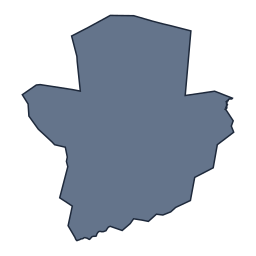 the district of Chuluut, Arhangay, Mongolia
{"feature_id": "93677404B8856161133659", "entity_name": "Chuluut", "entity_type": "district", "adm_level": 2, "iso_a3": "MNG", "parent_name": "Mongolia", "parent_adm1": "Arhangay", "projection": "natural_earth1", "projection_center": [100.382, 47.497], "detail": "fine", "context": "isolated", "style": "filled", "palette": "slate", "viewbox_px": 256, "rotation_deg": 0, "n_neighbors": 0, "source": "geoboundaries", "source_scale": "gbopen_adm2", "svg_char_len": 2278}
<svg xmlns="http://www.w3.org/2000/svg" viewBox="0 0 256 256"><path d="M214.6,91.2L185.2,95.5L190.9,30.9L170.7,25.7L162.6,23.8L152.3,21.1L133.7,15.7L116.5,15.5L110.3,15.4L86.3,28.5L86.2,28.5L71.6,36.0L76.9,56.4L77.2,61.5L80.3,91.1L72.0,89.5L71.9,89.5L40.2,84.6L36.3,85.0L22.3,94.7L28.1,104.0L28.9,116.1L38.3,129.2L52.1,142.0L54.6,144.7L65.3,147.2L67.3,157.1L66.4,161.4L67.8,166.7L59.7,197.8L72.3,206.1L68.1,225.7L75.2,237.8L75.4,238.7L76.0,239.6L76.3,240.1L76.8,240.6L77.1,240.6L77.9,240.2L78.7,240.0L80.0,239.5L80.7,239.0L81.3,238.9L82.1,238.8L82.9,238.6L83.7,238.0L84.3,237.7L84.9,237.6L85.6,237.8L86.2,238.0L86.9,238.1L87.3,238.3L88.0,238.7L88.8,239.2L89.4,239.4L89.7,239.3L92.1,236.6L92.7,236.5L93.4,236.3L94.5,236.3L95.7,236.2L96.1,236.1L96.4,235.7L96.6,234.6L97.1,233.7L97.7,232.7L98.6,231.7L99.6,231.4L100.9,231.5L101.5,231.7L102.5,231.7L103.7,231.6L104.3,231.3L105.5,230.9L106.0,230.7L106.5,229.8L107.1,228.9L107.7,228.0L108.4,227.1L110.2,226.3L122.2,230.5L130.2,223.6L133.6,218.8L142.0,220.1L148.4,221.4L156.4,214.2L162.9,215.0L170.7,211.9L175.7,207.4L190.4,200.5L194.7,177.4L213.2,167.8L217.3,144.7L233.7,132.2L231.3,126.1L233.2,120.8L225.9,109.7L225.6,109.6L225.4,109.5L225.4,109.2L225.2,109.1L225.3,109.0L225.5,109.0L225.8,109.0L226.1,108.8L226.4,108.5L226.6,108.3L226.7,108.2L226.8,108.0L226.9,107.8L226.8,107.6L226.6,107.6L226.4,107.7L226.2,107.7L225.9,107.4L226.0,107.2L226.4,107.1L226.4,106.9L226.4,106.7L226.6,106.6L226.7,106.3L226.9,106.1L226.9,105.9L226.8,106.0L226.7,106.0L226.4,106.2L226.5,105.9L226.7,105.7L226.8,105.6L226.9,105.4L227.0,105.3L227.1,105.1L227.3,104.9L227.2,104.8L226.9,104.9L226.6,104.8L226.6,104.6L226.8,104.5L226.9,104.3L227.1,104.2L226.9,104.0L226.9,103.8L226.7,103.8L226.6,103.7L226.5,103.4L226.5,103.1L226.8,103.0L226.9,102.8L226.7,102.7L226.9,102.5L226.9,102.3L226.8,102.2L226.7,102.1L226.8,102.1L226.8,101.7L226.7,101.4L226.7,101.2L226.9,101.1L227.0,101.0L227.1,100.9L227.2,101.0L227.3,101.1L227.6,101.1L227.6,100.9L227.8,100.8L228.1,100.6L228.0,100.3L228.0,100.2L228.3,99.9L228.4,99.7L228.5,99.6L228.9,99.3L229.0,99.1L229.3,99.0L229.5,98.9L229.7,99.0L230.0,99.0L230.4,99.0L230.7,98.9L231.0,98.9L231.3,98.9L231.5,99.0L231.8,98.9L232.1,98.7L232.4,98.4L232.5,98.2L214.6,91.2Z" fill="#64748b" stroke="#1e293b" stroke-width="1.5"/></svg>